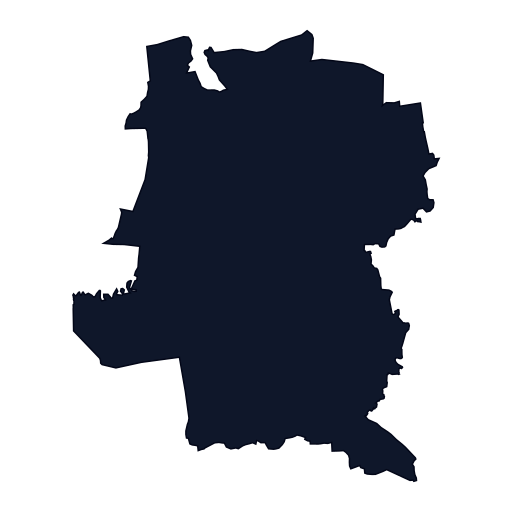 the district of Muhradah, Hamah, Syria
{"feature_id": "27442178B78133098408237", "entity_name": "Muhradah", "entity_type": "district", "adm_level": 2, "iso_a3": "SYR", "parent_name": "Syria", "parent_adm1": "Hamah", "projection": "orthographic", "projection_center": [36.557, 35.29], "detail": "fine", "context": "isolated", "style": "filled", "palette": "ink", "viewbox_px": 512, "rotation_deg": 0, "n_neighbors": 0, "source": "geoboundaries", "source_scale": "gbopen_adm2", "svg_char_len": 6019}
<svg xmlns="http://www.w3.org/2000/svg" viewBox="0 0 512 512"><path d="M399.3,101.4L394.3,102.9L386.3,102.7L382.4,105.6L382.7,104.6L382.8,102.5L383.3,74.8L362.8,64.6L353.7,63.1L321.9,59.5L310.4,61.1L312.7,53.0L313.2,38.3L311.9,34.6L307.1,30.7L301.6,35.0L280.8,41.4L276.0,44.3L264.7,51.3L256.5,52.6L249.7,51.3L241.9,49.5L233.3,49.7L224.4,51.6L214.1,52.6L211.0,47.5L209.6,47.3L208.1,50.5L207.4,49.9L204.9,50.6L204.2,52.4L205.1,54.5L206.9,56.0L208.2,57.8L207.7,60.3L210.3,66.8L216.5,73.0L218.2,76.6L219.4,79.9L224.6,85.7L227.4,89.3L223.4,90.2L221.4,91.4L219.4,92.1L217.6,90.9L214.3,90.0L207.5,90.1L204.1,88.5L201.2,86.7L200.0,83.2L198.2,79.8L195.0,71.6L189.0,72.7L186.6,72.9L189.3,67.0L187.4,65.3L188.4,63.0L191.0,61.0L192.6,58.8L190.6,54.4L190.4,50.9L191.7,45.4L190.4,40.4L188.3,37.2L183.6,36.7L169.1,40.9L157.3,44.6L146.8,46.5L150.3,80.9L147.8,82.4L148.5,86.2L148.4,89.3L147.6,92.5L147.0,96.3L144.2,99.4L141.1,102.2L141.0,106.0L140.6,107.8L139.1,110.0L136.0,112.0L133.6,113.3L131.1,114.2L130.1,113.8L128.2,116.6L126.5,120.1L126.1,123.0L125.2,126.0L125.3,128.9L130.9,128.5L145.6,128.2L147.2,131.1L148.0,138.7L148.1,138.8L148.3,139.7L148.5,142.0L148.7,152.0L148.4,155.5L148.7,157.6L145.1,179.6L132.9,211.5L120.4,209.0L121.7,212.2L121.5,214.1L118.4,227.5L117.4,229.5L116.5,230.7L115.2,233.3L113.9,237.1L113.7,237.2L113.1,238.7L111.6,238.6L111.4,238.2L109.0,240.2L103.6,243.3L113.2,244.3L124.2,244.5L139.8,246.3L139.1,254.1L138.6,258.0L138.0,267.4L135.6,271.5L134.5,275.3L137.2,276.6L136.8,280.2L134.9,280.9L131.6,288.3L132.1,289.2L136.3,289.8L136.2,291.3L134.0,291.4L132.2,291.0L129.6,287.9L129.7,286.7L131.4,280.9L130.5,280.6L128.3,281.5L127.0,283.1L126.7,287.1L129.1,292.1L130.1,292.9L123.9,294.1L123.4,293.7L124.3,289.9L122.7,288.5L121.1,288.8L120.5,291.2L122.8,294.1L122.2,295.2L116.8,294.7L116.6,293.6L117.8,291.4L116.6,288.9L113.5,294.1L112.6,298.0L111.4,298.2L108.0,294.3L103.7,294.3L103.8,297.4L105.5,299.9L101.8,300.8L101.1,299.9L100.3,297.9L100.2,296.9L100.4,290.9L99.9,290.4L99.3,290.5L96.6,293.7L95.0,296.7L93.4,296.9L91.7,295.2L88.3,293.3L85.5,294.7L84.7,294.6L83.2,292.1L82.7,292.2L82.4,292.6L81.2,295.4L80.6,295.3L79.4,292.1L78.6,292.4L76.2,295.6L75.3,295.7L73.6,293.9L72.9,295.1L73.8,298.0L73.5,298.0L73.7,299.0L73.5,299.6L74.1,301.6L73.9,303.2L74.2,304.1L73.2,304.8L73.3,307.3L73.2,308.9L73.6,330.9L99.8,358.3L100.5,360.5L100.7,363.2L102.1,364.6L115.9,367.9L141.4,362.3L179.4,357.2L185.4,391.7L189.0,418.2L188.4,421.8L187.4,424.4L185.9,430.9L185.9,434.5L186.5,438.0L188.4,438.3L189.9,443.9L192.2,444.9L195.3,445.3L197.7,445.9L198.2,450.6L201.5,449.4L204.0,448.9L205.0,447.9L214.7,442.8L218.9,442.4L222.1,442.9L224.4,443.1L226.4,447.0L230.9,448.9L235.9,447.9L238.3,448.7L242.7,445.8L245.6,444.6L249.3,443.7L252.6,442.7L255.8,444.1L256.6,440.5L258.2,440.9L260.9,442.7L265.1,442.6L266.4,445.1L268.6,448.8L273.6,449.2L275.7,448.9L278.9,448.1L282.3,444.6L284.2,441.7L285.1,438.5L289.5,437.8L292.3,437.2L295.2,436.1L296.9,435.0L300.8,435.8L305.5,437.5L304.8,439.3L307.6,440.8L310.1,441.2L310.3,443.9L313.7,443.9L318.0,444.0L320.8,443.7L324.1,443.1L327.7,443.4L331.7,442.4L332.1,451.1L339.2,450.9L343.5,450.6L345.8,452.2L348.6,455.2L349.5,458.4L349.4,462.2L349.6,466.0L350.8,468.8L359.7,465.5L360.8,467.6L364.4,468.8L364.8,473.1L367.2,474.0L372.1,474.4L375.5,474.3L382.9,471.4L386.7,469.6L410.0,480.4L413.0,480.1L413.8,481.3L416.5,480.5L416.3,478.0L414.8,474.5L414.1,470.5L414.0,466.8L412.3,464.2L414.1,460.8L415.8,459.1L415.4,457.9L405.3,447.2L402.2,444.4L396.3,439.6L391.0,434.4L387.7,431.9L381.0,427.5L376.7,423.5L368.2,419.7L364.9,416.0L365.6,415.4L366.4,415.6L367.7,413.6L367.4,413.1L367.6,411.8L369.3,410.2L370.2,410.0L370.8,410.8L371.7,411.0L373.3,409.1L373.1,408.6L373.5,407.9L374.2,408.8L374.8,408.7L375.0,408.2L376.5,407.0L377.0,404.2L376.6,403.5L375.6,403.0L376.8,402.1L377.4,401.4L378.3,400.7L378.9,401.1L380.3,399.2L381.2,399.2L383.3,398.8L384.1,398.2L384.4,396.3L384.0,395.9L383.8,394.7L383.5,394.7L382.6,393.8L382.8,390.8L382.4,390.0L382.8,388.5L383.5,388.0L385.1,387.2L385.7,387.1L386.7,386.6L387.2,382.6L386.7,381.0L387.0,374.9L387.3,374.9L388.0,374.3L388.1,373.3L388.3,373.0L391.1,373.9L392.1,374.4L397.6,374.0L398.7,374.4L399.3,374.1L398.8,373.6L399.1,372.6L398.7,371.5L399.0,368.7L399.8,368.2L399.9,367.9L401.5,368.5L402.5,367.5L402.3,366.8L397.7,364.2L396.1,362.5L395.2,360.8L395.1,359.3L395.5,358.3L397.0,357.7L399.6,358.5L400.9,358.6L401.8,358.1L402.3,357.4L401.9,354.6L401.8,350.3L401.9,349.7L401.4,349.0L401.3,348.1L401.3,347.6L402.1,345.6L402.2,344.9L402.6,343.9L405.7,332.7L408.7,329.3L408.9,327.8L409.3,325.7L408.9,324.0L408.5,323.2L407.7,323.0L407.0,323.1L404.8,323.2L404.4,322.9L402.8,322.9L402.4,322.1L398.3,317.4L398.1,316.3L398.9,314.8L399.1,314.3L398.9,310.0L398.6,309.7L397.8,309.7L396.7,310.6L395.4,311.0L394.8,311.4L395.4,312.8L395.4,313.3L394.2,314.4L393.3,314.5L392.1,313.9L389.3,299.7L390.0,296.8L392.2,292.3L391.6,291.5L388.9,290.1L381.8,289.5L381.2,288.8L380.8,285.6L380.6,278.2L379.6,276.8L377.8,269.9L376.7,268.4L374.3,268.0L373.0,266.0L371.0,264.0L371.4,259.9L370.8,256.7L370.0,254.6L370.0,254.0L371.1,253.3L370.5,251.5L369.7,251.4L366.2,252.3L365.5,252.0L364.8,250.6L364.1,250.4L364.4,244.5L370.7,244.4L373.2,244.7L375.0,243.6L378.7,243.8L380.0,246.4L381.9,247.1L384.7,246.9L385.9,245.9L386.6,242.5L388.2,238.8L390.6,236.1L393.9,235.0L395.0,229.1L398.4,228.9L400.9,228.4L403.0,227.2L404.0,226.8L404.8,226.2L407.1,223.7L410.8,219.3L412.0,219.3L413.9,220.2L414.9,221.8L416.8,220.6L417.9,221.7L418.9,221.6L420.9,222.1L420.6,220.0L420.2,218.5L418.3,218.5L418.1,218.8L415.6,218.6L415.0,214.2L418.1,209.2L423.0,208.2L426.5,211.9L430.1,211.0L433.2,207.5L433.9,202.7L433.1,199.8L429.5,199.7L427.7,198.5L427.1,194.3L426.9,191.6L427.1,189.0L426.2,184.9L425.3,179.8L423.0,176.0L425.0,172.5L428.7,168.7L436.1,165.6L437.2,162.2L439.1,158.4L434.3,158.9L433.8,155.1L432.5,153.4L428.9,154.0L427.8,148.4L426.3,141.9L425.3,137.4L424.3,131.8L423.7,131.9L422.8,126.9L422.4,123.0L423.2,122.8L420.4,103.0L399.7,106.3L399.3,101.4Z" fill="#0f172a" stroke="#020617" stroke-width="1.5"/></svg>